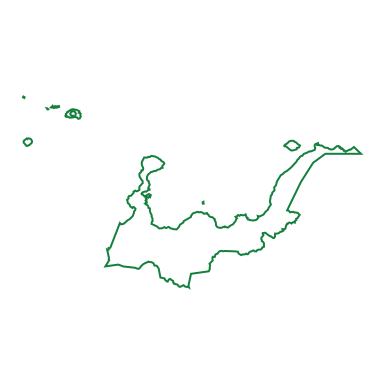 Talasea District, West New Britain, Papua New Guinea
{"feature_id": "67681753B12348367774956", "entity_name": "Talasea District", "entity_type": "district", "adm_level": 2, "iso_a3": "PNG", "parent_name": "Papua New Guinea", "parent_adm1": "West New Britain", "projection": "albers", "projection_center": [150.421, -5.275], "detail": "fine", "context": "isolated", "style": "outline", "palette": "green", "viewbox_px": 384, "rotation_deg": 0, "n_neighbors": 0, "source": "geoboundaries", "source_scale": "gbopen_adm2", "svg_char_len": 6053}
<svg xmlns="http://www.w3.org/2000/svg" viewBox="0 0 384 384"><path d="M353.9,147.0L350.6,149.7L349.9,149.5L345.5,151.7L344.6,150.6L343.8,150.8L343.6,150.5L344.0,150.3L342.7,149.0L342.0,149.0L341.7,148.3L341.1,148.7L340.8,148.1L339.5,147.8L339.3,147.3L339.8,147.3L340.0,146.8L338.6,146.1L336.8,146.2L333.5,149.1L331.5,149.6L328.8,148.8L327.9,147.9L324.9,147.7L321.9,145.6L319.8,145.4L318.8,144.8L317.3,145.2L316.1,143.8L315.0,144.4L314.6,145.6L315.2,148.5L314.7,149.9L310.6,151.5L309.5,151.3L306.6,152.9L303.9,153.8L302.3,155.8L301.5,155.8L300.0,156.8L298.6,158.9L297.6,159.5L296.4,161.7L291.2,167.4L287.0,170.9L284.3,172.4L283.0,173.9L280.7,175.3L277.0,181.4L275.9,185.4L274.2,187.4L274.5,190.5L272.4,192.4L271.9,194.6L270.9,195.6L269.9,201.7L270.9,204.5L268.5,208.1L268.1,209.5L265.5,211.8L263.5,214.6L259.5,216.5L257.8,216.0L258.2,217.6L257.2,219.2L255.9,220.0L253.3,220.5L249.8,220.1L248.9,219.4L248.2,219.6L247.2,218.5L247.5,217.7L246.5,217.3L245.6,214.4L243.7,215.4L240.8,214.9L239.5,215.8L238.1,215.0L237.1,216.1L235.6,216.8L237.0,218.3L236.4,218.8L235.6,220.9L233.1,224.2L229.8,226.0L228.3,227.4L227.2,227.5L225.4,226.7L224.9,227.0L224.6,226.5L221.0,227.9L218.5,227.6L217.0,226.8L216.1,225.4L215.7,222.0L214.8,220.7L214.8,219.2L213.6,218.5L213.3,217.9L212.1,217.1L210.6,217.0L209.6,216.5L208.7,215.6L208.6,214.8L207.2,214.0L207.0,213.1L204.0,213.8L202.9,212.8L200.7,212.0L199.1,212.4L198.4,211.9L196.9,212.0L192.9,213.4L191.2,215.6L190.9,217.0L183.7,221.1L183.3,222.5L180.0,224.7L178.7,227.2L176.7,229.4L174.0,229.2L170.5,228.3L168.7,226.9L166.2,228.0L165.1,227.7L164.4,227.1L161.9,228.3L159.1,228.4L156.9,226.4L151.5,223.9L151.8,222.0L152.7,221.0L152.4,219.8L152.6,219.0L151.5,216.1L151.7,215.1L150.7,213.5L149.9,211.0L149.9,208.4L148.5,207.9L148.3,206.4L147.5,205.2L145.8,204.3L145.9,203.9L146.5,204.1L146.5,203.6L145.3,203.3L146.8,202.1L146.6,201.3L146.0,201.4L145.5,200.6L145.8,199.8L146.6,199.4L146.3,198.2L145.5,197.7L145.2,195.9L144.3,196.2L142.6,194.3L141.8,194.3L141.5,193.6L142.5,192.4L145.0,191.5L146.5,191.6L147.8,190.4L149.6,189.7L149.5,189.1L148.4,188.7L148.2,188.1L149.7,184.7L148.7,182.1L148.8,181.3L147.4,180.3L146.8,179.0L147.1,176.4L148.1,174.6L151.0,172.0L152.0,171.9L154.1,171.0L155.7,171.0L157.5,169.8L160.1,169.1L161.1,168.0L162.6,167.8L162.2,166.2L164.3,163.7L163.8,162.4L161.1,160.7L160.5,159.5L159.2,159.1L158.4,158.2L155.2,156.5L151.2,155.9L150.2,156.8L149.1,157.1L148.3,156.8L147.3,157.6L144.2,157.5L141.9,161.8L141.7,164.0L142.0,165.4L143.2,168.0L143.1,169.5L142.6,170.4L141.5,170.3L141.0,172.2L139.8,173.1L139.3,173.9L139.6,176.7L141.6,180.0L142.4,180.6L142.8,182.9L139.6,186.5L139.3,187.5L139.4,190.0L137.2,191.2L136.1,191.2L135.1,190.6L133.5,191.7L133.7,192.7L131.1,195.7L129.1,196.0L128.3,197.1L128.5,198.6L127.0,199.9L127.5,200.8L127.8,203.0L129.6,204.6L130.2,206.4L132.4,208.0L133.1,207.0L133.9,207.1L135.5,208.7L135.2,210.1L134.1,211.4L133.9,213.0L132.7,216.1L129.5,219.3L127.7,220.2L123.9,223.7L121.2,224.4L119.9,223.0L110.4,247.5L109.6,248.2L108.7,248.0L108.7,249.0L108.0,249.3L108.3,249.9L107.6,250.2L107.2,249.9L108.9,257.7L108.8,259.7L109.2,260.2L105.4,266.4L118.2,264.6L123.5,266.5L134.7,267.7L138.3,268.9L139.9,268.0L140.6,266.7L143.1,264.3L145.0,263.2L148.6,261.6L149.1,262.0L151.6,262.2L153.4,263.2L154.5,265.6L155.8,265.5L157.0,266.0L158.7,268.6L160.4,277.5L164.5,278.4L165.0,279.7L166.8,281.4L167.7,281.6L168.9,279.4L170.3,278.9L171.4,280.0L173.1,280.9L173.2,282.4L173.8,283.6L174.6,283.5L175.1,284.1L177.5,284.6L178.9,286.5L180.0,286.9L183.6,285.2L185.3,286.7L188.3,287.0L189.0,287.5L188.5,285.5L191.0,273.8L208.8,271.3L209.9,268.7L209.6,268.0L210.1,265.1L209.5,263.7L212.7,260.6L212.4,257.4L213.0,256.7L214.7,257.0L215.4,254.7L216.4,253.9L217.4,253.8L219.1,251.5L221.3,250.8L223.5,251.3L224.6,251.0L235.7,251.4L238.0,251.8L238.2,252.8L239.0,253.8L241.2,255.1L243.1,254.3L244.4,254.5L246.1,253.6L246.7,254.2L247.9,254.2L249.5,252.1L253.5,250.4L254.8,251.3L256.3,251.4L257.1,250.2L258.1,249.7L260.9,249.5L262.2,248.1L262.3,247.4L264.0,246.7L263.9,243.2L263.2,242.0L261.8,241.1L261.9,240.2L261.3,239.1L261.3,237.9L263.5,235.1L262.6,233.5L262.7,233.1L265.2,232.7L269.7,236.1L270.5,236.1L273.1,238.0L274.0,238.0L274.9,236.8L275.1,233.6L276.6,233.7L278.7,233.2L280.3,231.8L281.4,231.8L283.3,230.7L282.4,229.8L282.4,229.1L283.3,229.4L285.3,228.8L286.2,225.2L286.9,224.7L287.1,223.7L288.1,223.6L288.5,222.8L289.2,222.6L290.8,222.8L291.4,223.5L293.5,222.0L294.8,222.6L295.1,220.8L296.4,220.0L296.1,218.9L297.5,218.1L299.7,214.8L297.7,212.9L295.3,212.4L294.6,212.6L293.2,211.8L290.0,212.3L288.8,210.7L287.1,210.4L300.9,182.0L313.1,162.8L325.3,153.8L361.0,153.8L353.9,147.0ZM293.7,140.8L290.9,140.8L289.2,141.4L287.0,143.6L285.4,144.4L284.3,145.6L284.4,146.2L286.3,146.6L290.9,150.4L292.6,150.5L296.7,149.3L296.8,147.9L298.9,147.5L300.0,145.5L297.9,144.2L296.1,142.4L294.4,141.7L293.7,140.8ZM76.9,110.0L73.0,109.2L71.0,109.7L68.7,111.1L68.4,111.8L67.4,111.8L66.5,113.5L65.8,114.0L66.2,114.9L65.4,115.9L66.2,116.9L67.6,116.5L68.1,117.1L69.2,117.2L69.6,117.7L73.2,117.4L73.6,116.6L73.1,115.7L71.4,115.6L70.4,114.4L70.3,113.8L71.3,111.6L73.8,111.3L75.2,112.1L75.9,113.6L75.4,114.8L75.1,117.1L77.0,117.4L78.2,118.8L79.7,118.5L80.8,116.4L80.4,115.6L80.6,113.7L79.0,112.9L79.6,112.4L79.1,111.7L79.3,111.2L76.9,110.0ZM30.4,138.7L28.1,138.4L27.5,139.1L26.7,138.5L23.8,140.8L23.6,142.5L26.4,145.8L27.3,146.0L28.3,145.3L29.2,145.2L31.7,142.8L32.1,141.9L31.8,140.4L30.4,138.7ZM149.4,194.7L148.9,194.0L147.2,194.9L146.5,196.0L147.0,197.0L148.4,197.7L149.3,196.4L150.1,197.1L150.8,195.1L150.1,194.6L149.4,194.7ZM59.1,106.9L58.9,106.0L57.3,106.4L54.9,106.2L53.3,106.5L52.4,107.1L52.7,107.6L53.9,108.1L55.7,107.4L56.2,107.7L57.7,107.4L59.1,106.9ZM24.2,98.0L24.6,97.2L23.4,96.5L23.0,97.3L24.2,98.0ZM317.0,144.6L318.1,144.2L318.0,143.2L316.7,143.9L317.0,144.6ZM203.0,203.2L203.4,202.2L203.4,201.8L202.8,202.1L202.6,203.2L202.9,203.7L203.4,203.6L203.0,203.2ZM48.1,109.3L47.4,108.4L46.8,108.3L47.5,109.4L48.1,109.3ZM51.6,107.2L51.7,106.7L51.0,107.4L52.2,107.5L51.6,107.2Z" fill="none" stroke="#15803d" stroke-width="2"/></svg>